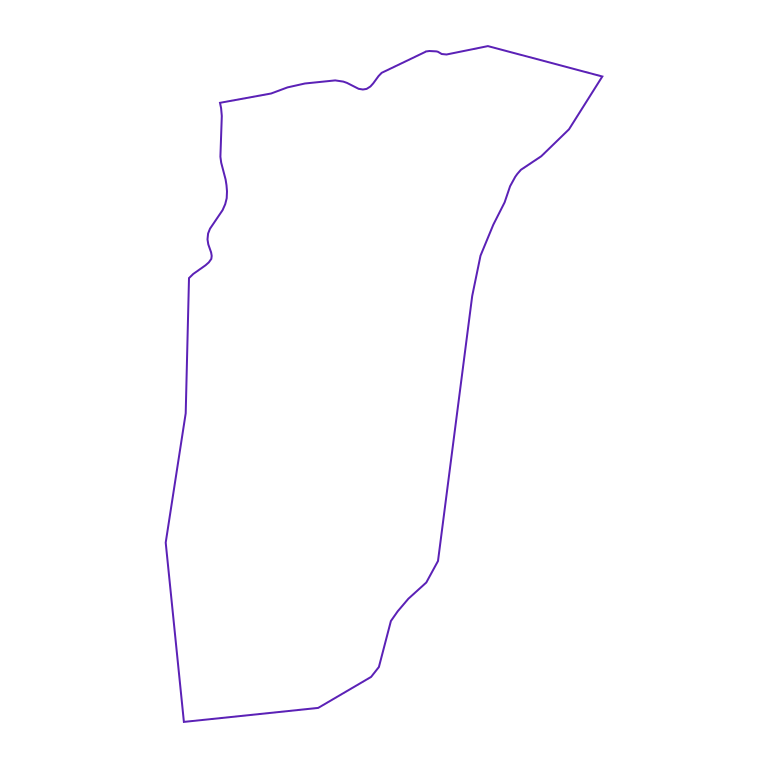 the Province of Ghardaïa
{"feature_id": "DZA-2192", "entity_name": "Ghardaïa", "entity_type": "Province", "adm_level": 1, "iso_a3": "DZA", "parent_name": "Algeria", "parent_adm1": "", "projection": "albers", "projection_center": [3.122, 31.033], "detail": "fine", "context": "isolated", "style": "outline", "palette": "violet", "viewbox_px": 768, "rotation_deg": 0, "n_neighbors": 0, "source": "natural_earth", "source_scale": "10m", "svg_char_len": 897}
<svg xmlns="http://www.w3.org/2000/svg" viewBox="0 0 768 768"><path d="M189.0,278.1L193.3,273.9L205.5,265.3L208.8,262.4L211.3,258.9L211.7,255.9L211.1,252.4L208.3,244.4L207.5,239.4L208.1,233.5L210.0,228.7L222.6,210.1L225.2,204.2L226.7,198.2L227.0,191.4L226.5,185.3L225.6,179.5L221.2,162.7L220.4,156.7L221.8,116.0L221.1,108.2L220.0,102.8L271.1,93.5L287.5,87.4L304.9,83.5L335.2,80.4L343.3,81.6L347.0,82.9L358.6,88.8L362.9,89.5L366.6,88.9L370.4,86.5L373.2,83.4L378.6,76.0L381.7,72.8L425.3,51.9L425.8,51.5L429.4,51.0L436.5,51.4L438.0,51.8L441.7,54.0L446.5,54.5L487.9,46.1L602.3,76.5L569.0,129.3L541.3,156.2L520.9,169.8L517.4,173.8L515.3,176.7L510.1,186.2L504.6,202.4L493.3,224.7L480.5,255.7L472.2,296.0L438.0,561.0L426.3,582.5L408.4,598.7L397.7,611.3L390.9,621.0L378.9,667.0L371.1,676.9L318.2,707.9L183.9,721.9L165.7,542.6L185.7,413.3L189.0,278.1Z" fill="none" stroke="#5b21b6" stroke-width="2"/></svg>